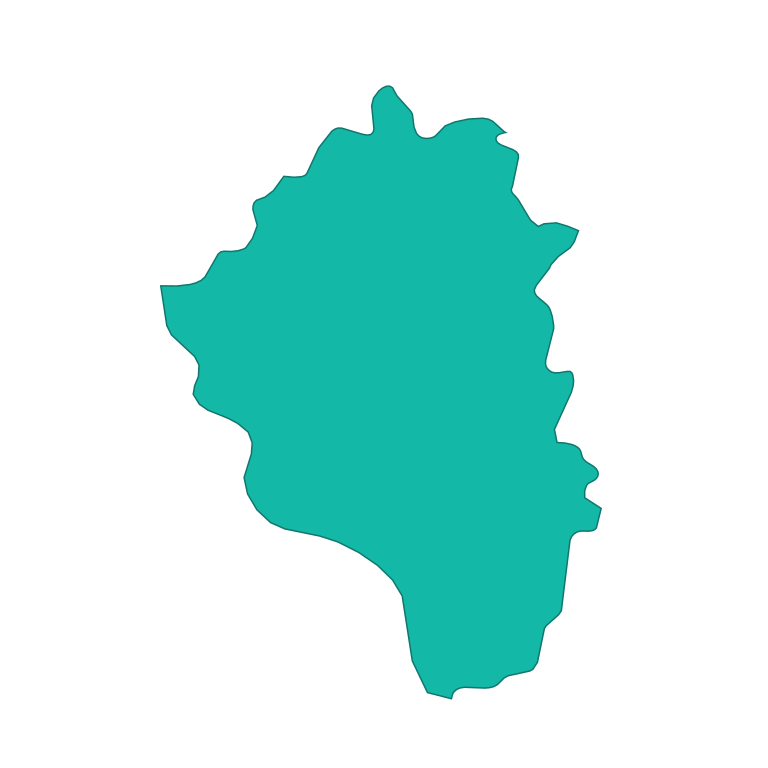 an SVG outline of Zlínský, rotated 103°
{"feature_id": "CZE-10371", "entity_name": "Zlínský", "entity_type": "Region", "adm_level": 1, "iso_a3": "CZE", "parent_name": "Czechia", "parent_adm1": "", "projection": "albers", "projection_center": [17.624, 49.185], "detail": "fine", "context": "isolated", "style": "filled", "palette": "teal", "viewbox_px": 768, "rotation_deg": 103, "n_neighbors": 0, "source": "natural_earth", "source_scale": "10m", "svg_char_len": 2590}
<svg xmlns="http://www.w3.org/2000/svg" viewBox="0 0 768 768"><g transform="rotate(103 384 384)"><path d="M664.3,280.7L647.5,294.1L586.4,318.6L573.1,331.5L562.2,349.4L553.8,370.8L548.2,393.8L546.6,412.5L546.7,416.7L547.5,447.9L544.6,463.3L535.2,479.5L521.8,492.2L506.6,499.3L482.0,497.5L470.9,499.2L461.4,505.5L455.3,517.7L452.5,528.1L449.1,549.7L445.3,559.3L436.9,567.6L428.1,568.1L418.5,566.5L407.2,568.5L399.8,574.7L384.0,602.1L375.9,608.8L338.6,623.6L335.1,607.8L330.7,595.4L327.7,589.9L324.2,585.5L319.8,582.4L294.9,574.9L292.0,572.8L290.6,569.7L289.2,562.5L286.9,556.0L283.9,550.9L282.2,549.2L271.6,544.9L258.1,543.1L243.5,551.0L239.9,551.6L236.5,551.3L233.6,549.5L228.6,541.9L220.4,535.2L204.2,528.3L202.8,518.2L200.5,510.8L198.7,508.1L196.6,506.6L168.2,500.6L149.4,491.7L146.9,489.4L145.1,486.7L144.2,483.0L145.5,461.3L145.3,456.6L144.0,453.1L141.4,451.3L138.0,451.1L115.6,458.6L107.7,458.5L99.3,454.8L95.9,452.0L93.5,448.9L92.5,445.6L93.4,442.4L100.4,436.1L112.3,419.2L114.6,417.1L127.0,412.5L132.7,408.5L134.6,405.7L135.6,402.3L135.3,398.2L134.1,394.4L132.5,391.6L130.6,389.6L118.7,382.4L112.9,374.2L106.8,361.2L102.8,347.5L102.5,341.7L103.6,337.1L111.1,323.7L111.6,322.1L112.1,323.3L114.1,326.9L115.5,328.6L117.3,329.8L119.3,330.2L121.6,329.4L123.5,327.2L124.7,323.8L126.7,310.9L128.0,307.3L130.1,304.8L133.3,303.9L162.9,303.3L164.8,303.7L166.3,303.6L168.3,302.6L169.8,301.0L172.0,297.5L174.5,294.4L190.1,279.4L191.7,277.5L195.8,269.1L191.9,264.1L188.2,252.2L189.0,240.2L190.9,229.0L199.5,230.2L202.3,230.5L209.3,233.2L220.5,242.8L230.1,248.1L234.1,248.9L253.6,257.8L258.3,258.7L261.0,257.8L263.8,255.3L266.0,251.4L268.2,246.8L270.4,242.9L272.3,240.5L274.6,238.6L280.5,235.2L288.4,232.0L291.9,231.1L324.3,231.8L327.5,231.3L330.3,230.1L332.3,228.2L333.7,226.0L334.7,223.1L334.7,220.0L333.5,215.6L330.6,208.5L329.9,205.7L330.8,203.6L332.5,202.2L338.0,200.0L343.1,199.3L350.0,199.6L389.9,207.7L402.1,202.2L400.8,194.7L400.7,187.8L401.1,184.4L402.1,181.2L403.5,178.8L405.2,177.3L410.8,174.2L412.6,172.4L414.3,169.6L417.2,161.2L419.0,158.0L421.2,156.0L423.5,155.0L425.9,155.0L428.3,155.9L430.6,157.6L434.9,162.6L437.5,163.9L443.1,164.4L449.7,162.8L456.4,144.4L476.4,144.7L478.2,145.7L479.8,147.6L481.1,150.6L483.0,159.2L484.8,162.7L487.4,165.2L490.5,166.9L494.4,167.6L565.1,160.2L569.4,161.9L583.1,171.6L586.2,172.7L620.7,171.9L628.5,174.8L630.8,177.3L640.4,197.5L643.5,200.9L651.3,205.8L654.2,209.0L656.2,213.0L657.6,217.4L661.4,237.4L663.1,241.6L665.3,244.5L667.9,246.4L670.5,247.4L675.5,247.5L674.9,272.2L664.3,280.7Z" fill="#14b8a6" stroke="#0f766e" stroke-width="1.5"/></g></svg>